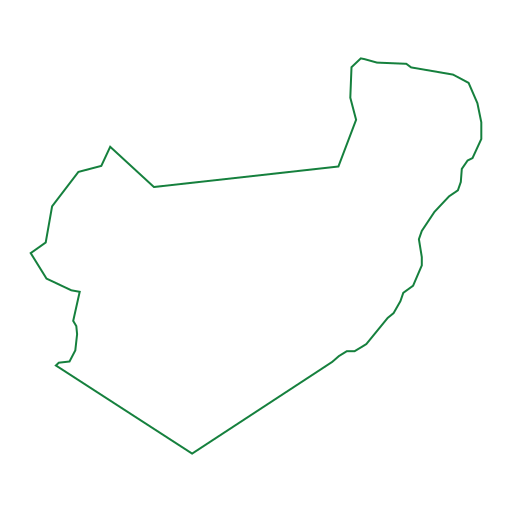 the district of Pamlico, North Carolina, United States of America
{"feature_id": "52423323B84079682288186", "entity_name": "Pamlico", "entity_type": "district", "adm_level": 2, "iso_a3": "USA", "parent_name": "United States of America", "parent_adm1": "North Carolina", "projection": "mercator", "projection_center": [-76.685, 35.151], "detail": "fine", "context": "isolated", "style": "outline", "palette": "green", "viewbox_px": 512, "rotation_deg": 0, "n_neighbors": 0, "source": "geoboundaries", "source_scale": "gbopen_adm2", "svg_char_len": 751}
<svg xmlns="http://www.w3.org/2000/svg" viewBox="0 0 512 512"><path d="M55.9,365.5L192.1,453.6L332.2,361.9L339.0,356.0L346.8,351.2L354.6,351.2L366.3,344.1L387.7,317.9L393.6,313.1L400.4,301.2L403.3,292.8L413.1,285.7L421.8,265.4L421.8,257.1L418.9,239.2L421.8,230.9L434.5,211.8L449.1,196.3L457.9,190.3L460.8,182.0L461.8,168.9L467.6,160.5L472.5,158.1L481.3,139.0L481.3,122.3L477.4,103.2L468.6,82.9L453.0,74.6L411.1,67.4L406.3,63.8L377.0,62.6L364.4,59.1L360.8,58.4L351.5,67.2L350.3,97.7L356.1,119.8L338.4,166.5L153.9,187.0L110.2,146.8L101.3,165.9L78.4,171.9L52.1,206.3L45.7,242.5L30.7,253.1L46.5,278.6L71.3,290.3L79.7,291.8L73.2,320.9L76.3,326.1L77.1,334.2L75.3,350.4L69.5,361.5L58.8,362.7L55.9,365.5Z" fill="none" stroke="#15803d" stroke-width="2"/></svg>